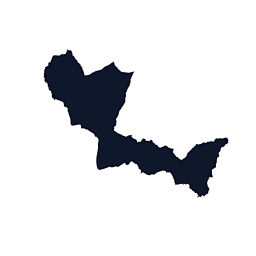 Situbondo, Jawa Timur, Indonesia (Robinson projection), rotated 211°
{"feature_id": "22746128B65817775308435", "entity_name": "Situbondo", "entity_type": "district", "adm_level": 2, "iso_a3": "IDN", "parent_name": "Indonesia", "parent_adm1": "Jawa Timur", "projection": "robinson", "projection_center": [113.954, -7.799], "detail": "fine", "context": "isolated", "style": "filled", "palette": "ink", "viewbox_px": 256, "rotation_deg": 211, "n_neighbors": 0, "source": "geoboundaries", "source_scale": "gbopen_adm2", "svg_char_len": 5925}
<svg xmlns="http://www.w3.org/2000/svg" viewBox="0 0 256 256"><g transform="rotate(211 128 128)"><path d="M219.5,163.2L218.9,160.9L219.0,159.4L219.4,158.4L221.0,157.2L222.5,156.5L222.9,155.2L223.7,154.1L228.1,151.8L228.5,151.5L228.7,150.6L228.6,149.0L228.1,147.8L228.1,145.8L227.7,144.9L227.4,145.0L227.1,144.5L227.5,143.6L228.7,143.4L228.9,142.7L228.2,142.0L228.2,141.5L227.5,141.4L227.5,140.9L227.2,140.8L228.4,139.2L228.6,138.0L228.9,137.6L229.3,137.7L229.4,137.3L228.5,136.6L228.6,135.9L228.9,135.9L228.8,134.8L227.6,132.4L227.1,132.0L227.2,131.1L226.5,130.8L226.0,129.2L225.2,130.0L224.9,129.7L225.0,128.5L224.3,128.3L223.8,127.7L223.9,126.8L223.4,126.1L222.5,125.5L222.4,125.9L221.8,126.4L221.0,126.2L220.5,125.3L219.6,125.3L218.9,124.9L217.9,123.2L216.6,122.6L215.1,120.6L212.6,120.9L211.2,119.0L209.8,118.2L209.1,116.1L209.2,116.5L209.2,117.3L208.2,116.9L208.2,116.1L208.4,116.2L208.7,115.9L208.5,115.7L208.2,116.0L206.0,115.2L206.6,116.4L207.8,116.6L207.6,117.3L206.0,116.4L204.3,116.6L202.9,116.4L202.4,116.6L202.3,117.1L200.0,117.0L198.0,117.6L195.6,117.0L193.7,114.5L192.6,114.4L191.6,114.9L190.0,114.9L188.4,113.1L187.6,111.4L187.6,111.7L187.1,111.5L184.0,108.6L182.2,107.3L180.3,105.0L179.1,102.9L177.9,102.0L176.7,102.3L172.9,105.9L170.5,107.2L169.3,106.7L167.8,104.6L165.6,105.9L163.9,105.7L163.5,106.5L157.5,106.2L155.4,106.3L153.9,106.2L151.6,104.5L150.2,105.1L147.3,104.0L146.4,103.1L144.9,99.3L142.7,95.8L139.0,86.4L136.9,82.7L134.5,79.7L132.5,78.0L131.4,78.0L130.8,78.4L127.3,82.1L124.2,86.1L123.6,86.4L122.7,86.2L121.3,87.1L121.0,87.8L120.6,88.2L120.3,88.1L119.5,89.4L117.2,90.0L116.4,91.1L115.9,92.8L115.6,92.9L114.0,96.2L113.0,97.2L112.1,97.7L110.9,96.3L110.0,96.5L109.7,97.2L110.0,97.9L109.3,97.7L109.3,99.8L108.9,101.0L108.4,101.8L108.5,102.1L107.8,102.8L106.1,101.8L105.8,101.9L105.9,102.5L105.4,102.8L103.7,101.7L101.9,102.4L100.2,101.5L99.8,101.7L99.1,101.2L98.7,100.5L98.2,100.5L97.7,99.5L96.8,99.3L95.9,99.5L95.0,99.1L93.8,98.1L93.6,97.4L93.4,97.9L92.2,98.6L87.4,98.5L85.4,99.4L84.2,101.4L82.7,101.7L81.9,102.4L81.8,103.2L80.6,105.6L76.9,109.9L75.6,110.7L74.3,111.1L73.0,111.1L72.1,110.6L72.0,111.1L70.7,111.5L70.6,111.9L69.4,112.4L66.9,111.7L62.7,109.1L62.4,108.5L62.0,108.7L61.4,108.1L61.2,108.3L60.4,106.8L59.6,105.9L58.7,105.4L58.3,104.7L56.5,105.8L54.8,107.6L52.6,109.2L52.3,109.1L52.4,109.3L51.6,110.0L49.7,110.1L49.6,110.6L47.8,112.1L45.7,111.2L44.7,110.4L44.1,108.9L43.5,108.7L42.5,109.2L40.9,108.3L38.5,108.4L37.2,107.7L35.7,108.6L35.1,108.5L34.7,107.9L32.6,107.2L32.3,107.0L32.3,106.5L32.0,107.0L30.7,106.9L30.4,109.1L29.7,109.6L28.1,109.3L27.9,109.7L27.9,111.1L26.6,112.9L26.7,114.0L27.4,115.5L27.4,117.1L30.6,118.9L31.7,120.4L32.4,120.8L33.4,123.7L33.2,125.5L33.5,126.1L33.7,127.9L34.2,128.1L33.1,128.9L31.3,129.3L31.0,129.7L33.0,131.4L34.1,133.2L34.1,133.4L35.4,134.5L34.9,136.7L33.6,139.0L33.3,139.9L34.9,142.1L34.8,143.7L36.7,147.2L36.9,149.0L36.3,149.6L36.2,150.8L38.1,152.8L38.2,153.9L37.8,155.9L38.8,158.4L38.4,160.6L37.3,161.1L36.8,162.1L36.7,163.0L37.0,164.1L36.2,164.8L35.3,166.8L36.1,167.7L37.9,167.6L37.6,168.2L36.4,168.7L36.3,168.9L38.2,169.9L40.0,168.4L41.2,166.8L42.8,166.3L43.8,165.8L44.5,164.8L46.5,164.0L46.8,162.2L46.6,160.9L47.1,159.6L49.4,158.9L49.5,158.5L50.3,158.2L50.8,157.3L52.0,156.7L52.9,154.9L54.2,154.2L55.4,154.0L56.2,152.1L57.1,151.1L57.0,150.6L57.3,150.2L58.1,150.3L59.0,149.2L60.5,148.9L60.4,146.8L60.9,146.3L60.9,145.3L61.9,143.3L61.8,142.0L62.5,140.2L62.9,137.9L63.3,137.6L63.2,137.1L62.8,137.0L63.1,136.4L62.6,133.5L63.1,132.3L63.1,130.7L63.7,130.5L64.4,129.5L64.5,128.2L64.2,126.0L64.5,125.5L65.4,125.7L65.9,126.5L65.8,127.1L66.2,127.4L68.6,127.2L70.5,127.9L70.8,127.7L70.9,127.0L73.9,128.4L74.3,128.1L74.9,128.3L75.3,129.1L76.6,129.0L78.1,130.3L78.5,132.6L79.1,132.6L80.2,131.7L81.8,131.8L83.0,131.2L83.7,131.2L84.8,131.7L85.9,131.7L86.5,131.5L87.4,130.4L87.9,129.2L88.9,128.3L89.2,127.3L90.2,126.9L92.7,126.6L93.7,127.4L94.5,127.7L95.3,127.1L95.3,126.2L95.6,126.0L96.9,127.6L97.7,127.8L98.4,127.5L99.1,127.9L100.0,127.9L100.3,128.3L100.7,128.3L100.6,128.8L101.6,129.2L102.1,128.3L101.9,128.0L102.0,127.2L102.5,126.9L104.6,126.4L104.9,125.4L107.3,125.9L107.6,126.5L108.7,126.5L109.1,126.2L108.9,125.8L109.4,124.8L108.9,122.3L110.1,122.0L111.2,121.0L112.3,119.4L114.3,121.0L114.9,121.0L115.1,121.5L117.9,121.0L118.6,121.3L119.1,121.0L121.3,122.0L121.5,122.8L123.4,121.1L124.5,118.9L125.0,117.2L125.1,118.0L126.2,118.7L127.9,118.1L130.8,118.1L133.5,117.6L138.5,117.9L139.6,118.3L140.4,120.5L141.4,120.8L141.4,121.5L140.4,124.0L141.1,125.4L141.5,125.6L141.7,127.2L143.1,128.1L143.5,129.0L143.8,130.2L143.4,132.2L143.8,133.2L143.7,134.6L144.0,134.8L145.1,138.8L144.8,139.1L144.9,139.7L144.6,140.0L144.7,143.3L144.3,144.4L144.6,145.0L144.4,145.6L144.7,147.0L144.4,147.7L144.7,148.0L144.7,149.3L145.2,149.6L145.9,151.2L146.6,152.1L146.7,153.9L148.6,156.5L148.8,159.5L149.2,160.3L149.2,162.5L149.7,163.3L149.2,164.1L149.4,164.8L149.2,164.9L149.8,166.4L150.0,168.0L151.4,170.4L151.7,172.0L151.6,172.6L152.4,173.6L152.1,174.2L152.0,175.6L152.4,176.4L152.4,178.0L155.4,175.0L160.4,172.9L161.1,172.2L163.1,172.0L165.6,172.6L167.2,172.6L168.6,173.6L169.6,173.5L170.2,173.9L171.4,174.1L173.1,175.2L173.6,176.0L174.3,176.4L174.5,175.4L175.2,174.5L175.7,172.7L176.2,172.2L177.3,169.9L178.0,169.6L179.2,167.1L180.3,163.8L184.9,159.1L184.9,157.9L186.0,157.3L186.6,156.5L186.5,155.8L187.5,154.3L187.6,153.4L188.8,152.6L189.9,151.2L190.2,151.3L191.2,150.4L192.2,150.1L193.0,150.3L194.1,151.1L194.0,151.4L194.6,151.8L195.4,152.8L196.7,153.3L196.8,153.8L198.2,154.5L198.9,155.8L200.4,156.0L200.6,155.6L201.5,156.4L201.5,157.0L202.3,156.9L203.1,157.6L204.5,157.4L205.4,157.8L206.2,158.8L207.9,158.9L208.1,159.3L209.2,159.5L209.8,160.0L211.9,161.0L213.3,161.0L213.8,161.4L214.3,162.5L215.6,163.7L216.7,164.0L217.0,164.4L217.3,164.2L217.2,163.7L217.4,163.9L217.7,163.4L218.5,163.3L218.5,162.9L219.5,163.2Z" fill="#0f172a" stroke="#020617" stroke-width="1.5"/></g></svg>